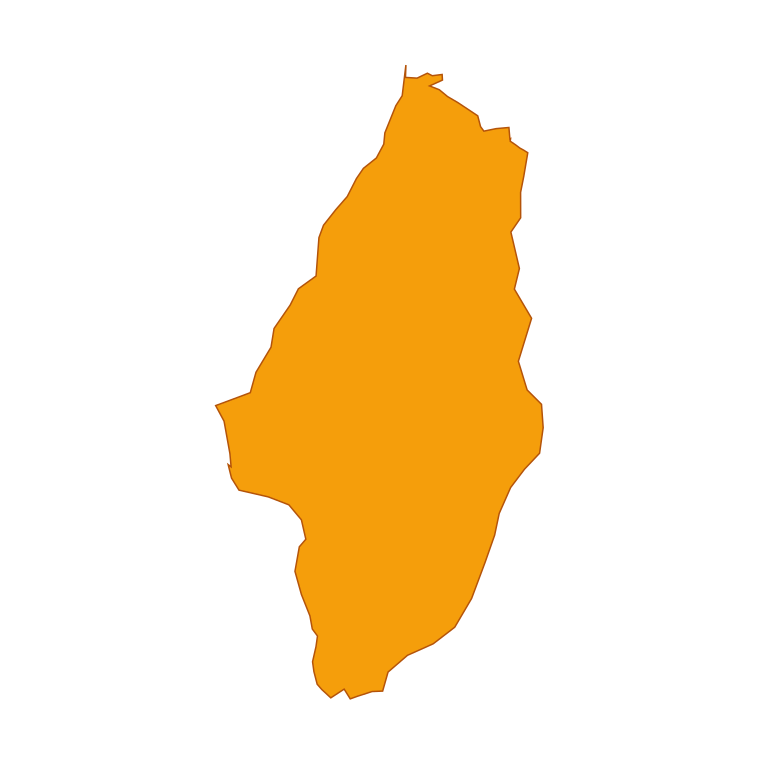 Lageia, Larnaca, Cyprus (Natural Earth projection), rotated 8°
{"feature_id": "46923920B26472035314494", "entity_name": "Lageia", "entity_type": "district", "adm_level": 2, "iso_a3": "CYP", "parent_name": "Cyprus", "parent_adm1": "Larnaca", "projection": "natural_earth1", "projection_center": [33.242, 34.839], "detail": "fine", "context": "isolated", "style": "filled", "palette": "amber", "viewbox_px": 768, "rotation_deg": 8, "n_neighbors": 0, "source": "geoboundaries", "source_scale": "gbopen_adm2", "svg_char_len": 1283}
<svg xmlns="http://www.w3.org/2000/svg" viewBox="0 0 768 768"><g transform="rotate(8 384 384)"><path d="M361.3,65.8L361.9,96.0L357.0,106.7L349.9,135.2L350.4,146.5L345.0,161.2L333.6,173.3L328.1,184.4L321.5,203.5L312.1,217.9L302.0,235.2L299.2,248.1L301.7,286.5L286.0,301.6L280.1,318.9L267.4,344.3L267.0,363.3L255.6,390.2L252.8,411.2L220.3,428.8L230.8,443.1L241.1,474.4L244.1,487.3L240.9,485.5L246.1,498.4L255.2,509.3L285.1,511.9L306.6,516.9L321.1,530.0L328.2,548.6L322.8,557.0L321.9,581.9L331.5,603.9L342.9,623.9L347.1,636.6L353.2,642.8L353.2,653.6L351.9,669.0L354.6,678.5L359.6,690.6L364.9,695.2L375.0,702.2L387.0,691.7L394.4,700.5L401.2,696.9L415.0,690.2L425.4,688.3L428.1,668.7L445.0,649.4L468.9,634.4L487.9,615.0L500.6,584.2L509.0,546.2L514.6,518.3L516.1,496.1L523.8,468.9L535.0,448.8L547.7,430.9L547.7,405.1L542.8,382.2L526.6,370.0L524.7,366.0L513.9,342.8L521.0,298.4L499.9,271.9L502.0,250.8L488.5,215.9L496.2,200.4L492.6,175.2L493.5,159.1L494.2,135.0L489.8,133.0L485.6,131.4L481.1,128.9L475.2,126.0L475.2,123.5L474.6,124.0L472.0,112.6L459.5,115.5L447.7,119.7L443.8,115.7L439.5,105.4L418.3,95.2L406.9,90.5L397.8,84.9L387.6,82.5L399.6,74.9L398.5,69.4L388.9,72.0L383.7,70.2L374.2,76.5L362.6,77.4L361.4,65.8L361.3,65.8Z" fill="#f59e0b" stroke="#b45309" stroke-width="1.5"/></g></svg>